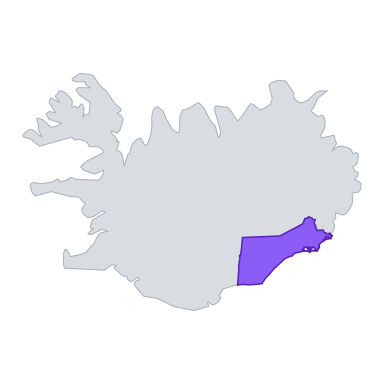 location of Sveitarfélagið Hornafjörðu, Austurland, Iceland
{"feature_id": "244011B97448762640394", "entity_name": "Sveitarfélagið Hornafjörðu", "entity_type": "district", "adm_level": 2, "iso_a3": "ISL", "parent_name": "Iceland", "parent_adm1": "Austurland", "projection": "albers", "projection_center": [-15.406, 64.234], "detail": "fine", "context": "in_parent", "style": "filled", "palette": "violet", "viewbox_px": 384, "rotation_deg": 0, "n_neighbors": 0, "source": "geoboundaries", "source_scale": "gbopen_adm2", "svg_char_len": 8823}
<svg xmlns="http://www.w3.org/2000/svg" viewBox="0 0 384 384"><path d="M298.8,102.5L302.2,102.7L307.9,100.2L316.0,92.6L319.4,91.0L327.2,90.9L317.7,98.3L314.3,106.2L311.6,110.1L311.7,111.9L318.4,116.6L321.7,115.0L323.1,115.6L324.4,117.9L325.3,122.4L324.8,127.1L322.9,131.8L320.3,135.8L320.7,137.1L322.8,137.7L334.0,135.2L335.3,140.9L336.4,142.8L336.1,144.8L331.7,151.0L336.9,147.1L341.1,145.9L348.3,147.7L351.2,149.9L353.1,153.8L356.6,152.4L358.3,154.7L358.4,157.1L357.0,163.7L352.8,167.1L355.5,171.8L357.6,171.9L358.1,172.9L357.9,175.8L354.7,179.2L360.2,182.7L361.0,184.1L360.7,188.3L359.9,190.7L358.3,192.2L354.3,192.5L351.9,194.2L352.8,196.8L352.2,203.9L349.2,209.9L346.3,213.1L343.5,215.1L335.4,213.0L335.8,218.1L333.0,221.2L333.6,223.8L334.6,225.1L334.2,228.5L330.6,235.4L328.0,237.7L322.8,240.5L315.4,246.8L307.8,246.8L289.0,255.7L281.6,260.5L268.0,274.9L262.3,278.6L252.6,280.2L223.2,288.9L219.7,294.5L219.5,295.7L220.7,298.0L218.3,301.9L213.8,304.7L211.7,304.6L208.1,302.0L207.6,303.1L208.9,306.2L194.3,310.5L174.6,306.8L157.4,298.6L143.6,296.1L134.6,285.6L134.4,284.0L135.7,281.1L139.3,280.1L137.9,277.0L131.6,281.7L129.7,281.4L127.4,279.1L127.4,277.0L122.6,275.8L114.7,268.8L114.2,267.4L116.4,265.5L116.1,265.1L111.4,265.0L104.3,270.1L64.6,268.2L63.6,265.1L63.3,253.7L65.2,249.1L66.8,249.7L70.6,256.6L81.5,254.2L86.0,252.3L90.6,246.6L93.1,244.8L97.0,237.4L100.7,232.9L107.5,231.3L101.7,229.3L91.3,234.6L88.0,234.3L89.8,231.7L93.5,229.0L91.2,228.5L90.5,227.1L90.7,224.1L92.9,219.7L105.2,212.5L102.7,210.7L94.1,216.2L88.1,217.8L83.6,214.4L81.8,210.3L82.1,208.6L85.4,203.9L85.1,202.9L83.3,202.2L78.7,197.1L70.6,196.6L51.2,191.6L35.4,196.0L32.2,192.6L30.1,185.9L31.1,183.6L33.9,182.5L41.1,183.7L52.2,182.1L57.5,179.0L59.3,180.2L59.9,182.1L66.8,180.1L70.7,177.3L76.4,179.5L98.8,180.2L102.1,176.2L103.8,171.3L103.4,170.2L94.8,174.0L92.9,173.7L83.8,170.3L80.7,167.1L82.1,165.0L87.5,160.7L101.0,154.0L102.9,152.6L103.3,150.7L98.7,146.8L89.2,146.7L87.2,142.4L79.7,139.1L74.3,140.0L71.8,137.2L39.5,146.2L30.4,138.9L23.4,136.9L23.0,135.0L28.0,130.0L30.9,129.4L33.7,130.3L38.6,134.9L42.2,136.7L38.2,130.3L38.8,124.7L37.5,123.1L36.6,119.2L37.3,118.1L42.8,119.6L50.9,127.2L55.4,126.6L61.6,123.2L49.2,119.3L46.0,113.8L49.1,111.5L55.6,112.7L49.4,103.1L49.3,101.5L51.0,97.8L59.7,102.4L55.5,96.6L55.5,95.5L57.0,94.7L58.2,91.6L60.6,90.7L65.0,92.3L71.4,99.2L72.3,100.9L71.8,107.0L74.7,106.4L78.0,107.7L81.2,103.9L83.1,105.1L84.1,108.9L83.0,117.0L85.3,114.4L88.7,114.5L89.9,107.9L89.9,102.5L79.7,95.1L76.0,90.2L76.7,88.7L78.9,87.6L90.3,87.8L85.8,84.7L84.9,81.8L76.3,81.8L72.1,80.2L72.2,78.9L74.1,77.1L79.8,73.5L89.6,74.3L93.4,75.9L100.1,85.8L105.7,90.2L114.8,103.6L120.9,109.0L121.1,110.3L119.9,111.6L117.2,113.0L120.9,115.5L123.0,119.0L123.0,120.4L119.9,130.2L117.1,133.2L111.1,130.7L112.2,134.1L116.3,137.9L117.2,139.9L116.3,141.7L118.5,141.3L119.0,142.4L117.5,148.0L116.2,150.0L119.8,151.5L122.1,154.5L124.2,166.3L126.7,157.6L127.8,154.5L129.5,153.4L132.0,144.6L136.7,139.6L140.7,138.0L144.2,144.5L147.0,145.4L150.9,134.6L151.9,126.5L151.7,117.5L152.7,111.2L155.0,107.6L157.6,106.6L162.8,110.8L166.8,120.0L173.0,130.1L177.7,132.8L178.6,132.6L179.6,129.5L179.8,116.7L182.4,110.1L188.2,108.8L197.1,103.1L199.1,103.0L203.1,106.8L210.1,120.0L215.3,126.2L217.7,135.7L218.9,137.6L220.2,134.7L220.5,130.5L214.8,110.6L214.8,107.9L215.6,105.8L227.3,107.3L229.9,109.6L237.6,121.1L241.8,116.7L250.2,103.7L252.9,104.2L259.6,109.7L262.3,109.3L270.3,104.6L272.2,98.5L269.0,85.9L270.5,83.3L277.8,80.3L285.6,81.0L293.7,92.7L294.0,98.2L298.8,102.5Z" fill="#d9dde1" stroke="#a8b0b8" stroke-width="1"/><path d="M242.5,237.5L241.4,249.4L240.7,254.2L240.8,254.5L240.9,254.8L240.7,255.0L240.2,254.8L239.8,255.3L239.6,255.4L239.6,255.5L239.6,255.9L239.4,256.2L239.7,256.5L239.9,257.1L239.9,257.4L239.7,257.9L239.9,258.1L240.0,258.6L239.7,259.2L239.7,259.4L239.6,259.7L239.6,260.0L239.6,260.5L239.4,260.9L239.3,261.1L239.4,262.3L239.2,262.6L239.3,262.7L239.2,262.9L239.1,263.9L238.8,264.6L238.7,265.1L238.9,268.0L237.6,285.2L240.0,284.7L242.5,284.5L246.2,284.6L248.6,284.9L249.6,284.8L258.0,284.2L262.2,283.6L262.3,283.4L262.3,283.2L262.2,283.2L262.3,282.9L263.3,281.5L263.9,280.5L264.7,279.5L265.4,278.3L266.1,277.5L268.8,275.0L273.0,269.9L274.3,268.5L274.6,268.1L277.3,265.9L277.5,265.6L283.9,259.6L284.9,258.8L286.2,258.0L288.9,256.9L289.1,256.7L291.3,256.0L292.6,255.8L292.8,255.6L293.2,254.6L293.7,254.0L294.3,253.6L296.6,252.7L300.6,252.0L300.6,251.8L301.0,251.5L302.2,251.3L306.3,251.2L309.4,251.6L309.8,251.7L309.8,251.9L310.0,251.7L309.7,251.7L309.2,251.3L309.0,251.0L308.7,250.8L308.5,251.0L308.0,251.1L305.0,250.8L304.9,250.9L304.7,250.8L304.8,250.8L304.8,250.7L304.4,250.6L304.2,250.4L303.9,250.7L304.1,250.9L303.7,250.9L303.6,250.7L303.2,250.7L303.2,250.8L303.2,251.0L302.8,251.0L302.4,249.3L302.7,249.0L302.5,248.9L303.0,249.2L303.1,248.9L303.4,248.8L303.3,248.7L303.5,248.4L303.6,248.7L303.7,248.8L303.7,248.5L303.8,248.4L303.6,248.2L303.7,247.9L303.5,247.7L303.8,247.8L304.2,247.2L306.1,247.1L306.4,247.4L307.2,247.5L307.4,247.9L307.3,248.2L307.5,248.3L307.8,248.2L308.0,248.1L308.0,247.9L307.6,247.0L307.9,247.0L308.2,247.2L308.1,247.4L308.2,247.5L308.3,247.3L308.3,246.9L308.4,247.1L308.5,247.4L308.2,247.8L308.3,247.9L308.2,248.0L308.6,247.7L308.7,247.9L308.8,247.8L308.8,247.7L309.1,247.4L309.6,246.9L309.4,247.3L309.5,247.4L309.3,247.5L309.1,247.7L309.3,247.9L309.5,247.9L309.3,248.1L309.5,248.2L309.2,248.4L309.3,248.7L309.1,248.9L309.4,249.0L308.9,249.3L309.0,249.3L309.1,249.5L309.1,249.8L309.1,250.2L309.3,250.3L309.2,250.6L309.3,250.6L309.2,250.7L309.2,250.9L309.9,250.5L309.4,250.3L309.5,250.2L309.9,250.4L309.8,250.2L309.9,249.9L309.7,249.9L309.6,249.7L309.8,249.4L309.9,249.6L309.9,249.8L310.1,249.5L310.0,249.4L310.3,249.4L310.3,249.1L310.4,248.9L310.1,248.8L310.1,248.6L309.6,248.4L309.7,248.1L310.1,247.9L310.1,248.0L310.3,248.1L310.3,248.3L310.7,247.9L310.9,247.8L310.9,248.0L310.7,248.4L311.0,248.2L310.9,248.3L311.0,248.4L310.9,248.5L311.2,248.5L311.3,248.5L311.5,248.5L311.6,248.2L311.6,248.5L311.8,248.3L312.0,248.2L312.1,247.9L312.3,247.7L312.2,247.7L312.3,247.5L312.2,247.4L312.3,247.2L313.3,247.3L314.4,247.8L314.9,248.3L314.9,248.5L315.2,248.8L315.2,249.0L315.3,249.0L315.8,249.8L315.6,250.0L315.4,249.9L315.4,250.1L315.2,250.0L315.0,249.9L314.8,250.2L315.0,250.4L315.0,250.5L313.3,250.4L312.9,250.5L312.6,250.4L312.6,250.6L311.7,250.7L310.9,251.0L310.4,251.0L309.9,251.3L309.8,251.5L310.3,251.3L310.6,251.3L310.7,251.5L310.9,251.2L312.3,250.9L315.1,251.0L315.3,251.1L315.8,251.0L316.1,251.2L316.5,251.2L317.3,251.0L317.4,250.7L317.1,250.5L317.0,250.4L317.0,250.1L317.2,249.7L317.7,249.3L318.0,249.3L317.9,249.5L318.1,249.5L318.1,249.3L318.1,248.8L318.2,248.7L318.3,248.2L318.6,247.9L318.8,248.0L318.9,247.9L319.3,247.8L319.0,247.2L319.2,246.8L319.3,246.8L319.3,246.6L319.1,246.8L318.9,246.6L318.7,245.9L318.8,245.3L319.1,244.7L319.7,244.0L320.9,242.7L323.3,241.2L323.5,241.1L323.4,240.9L323.8,240.6L323.7,240.4L323.5,240.2L323.8,240.2L324.4,239.5L324.7,239.1L325.1,239.2L325.1,238.9L325.0,238.7L325.1,238.4L325.3,238.2L325.4,237.9L325.2,237.7L325.3,237.2L325.9,236.8L326.0,236.9L326.1,237.1L326.4,237.1L326.5,237.3L327.2,237.0L327.7,237.0L327.9,236.8L328.2,237.1L329.0,237.4L329.7,238.0L330.3,238.1L330.5,238.4L328.7,238.6L327.0,239.0L325.3,239.7L324.1,240.3L323.6,241.0L324.0,240.6L324.6,240.2L326.7,239.3L329.9,238.6L330.6,238.5L330.7,238.8L330.9,238.8L331.2,238.0L331.1,237.9L331.1,237.6L331.0,237.4L331.5,236.6L332.2,236.1L332.2,235.8L331.8,235.4L331.8,235.2L330.9,235.3L330.8,234.9L330.2,234.6L330.2,234.3L330.4,234.1L329.8,233.7L329.7,233.1L328.9,233.4L328.6,233.9L328.6,234.4L328.0,234.4L326.9,234.0L326.7,233.8L326.5,233.1L326.0,232.9L325.3,233.1L324.6,232.7L324.6,232.4L323.8,232.1L323.8,231.9L323.8,231.6L323.5,231.4L323.6,231.0L323.6,230.6L323.1,230.1L322.4,230.1L321.7,229.9L321.0,230.4L319.7,230.0L319.4,230.4L318.8,230.3L318.3,230.5L317.9,230.4L317.1,230.5L317.0,230.4L317.0,230.1L316.8,229.9L316.7,229.5L316.5,229.2L316.3,228.4L315.7,227.8L315.8,227.4L315.4,226.8L315.4,226.1L315.7,225.9L314.1,222.9L314.1,222.5L314.3,222.0L314.9,221.1L315.0,220.3L315.1,220.1L315.2,219.6L314.4,219.7L313.1,219.3L312.4,218.8L311.9,217.9L309.7,217.4L308.8,216.6L307.7,217.9L306.5,218.0L306.4,218.3L306.3,218.5L305.4,218.7L304.8,218.6L303.2,222.8L302.5,224.0L279.8,236.0L242.5,237.5ZM303.7,250.5L303.9,250.4L304.0,250.1L303.9,249.8L303.6,250.0L303.5,250.4L303.7,250.5ZM303.5,249.9L303.8,249.8L303.9,249.6L303.7,249.5L303.4,249.7L303.5,249.9ZM303.2,250.4L303.3,250.3L303.2,250.1L303.0,249.9L302.9,250.0L303.2,250.4ZM310.0,251.0L309.5,250.9L309.6,251.0L309.4,251.0L309.7,251.2L310.0,251.0ZM310.4,250.3L310.1,250.0L310.0,250.3L310.0,250.5L310.4,250.4L310.4,250.3ZM303.1,249.8L303.2,249.6L302.8,249.9L303.1,249.8ZM303.3,250.6L303.0,250.5L302.9,250.7L303.3,250.6Z" fill="#8b5cf6" stroke="#5b21b6" stroke-width="1.5"/></svg>